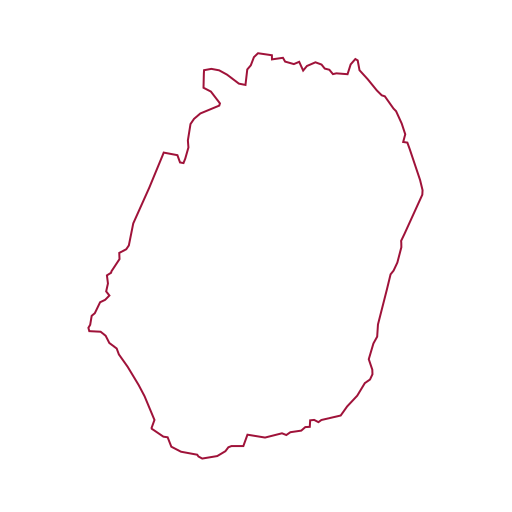 outline of Corozal, Puerto Rico, rotated 7°
{"feature_id": "32010507B24763897648420", "entity_name": "Corozal", "entity_type": "district", "adm_level": 2, "iso_a3": "PRI", "parent_name": "Puerto Rico", "parent_adm1": "", "projection": "orthographic", "projection_center": [-66.332, 18.304], "detail": "fine", "context": "isolated", "style": "outline", "palette": "rose", "viewbox_px": 512, "rotation_deg": 7, "n_neighbors": 0, "source": "geoboundaries", "source_scale": "gbopen_adm2", "svg_char_len": 1753}
<svg xmlns="http://www.w3.org/2000/svg" viewBox="0 0 512 512"><g transform="rotate(7 256 256)"><path d="M291.4,56.5L283.4,61.2L280.2,66.2L275.2,58.0L270.2,60.9L261.2,59.5L258.6,56.0L247.9,58.9L247.3,54.8L233.3,54.5L232.3,55.7L229.7,58.9L227.6,67.4L224.6,71.9L224.7,87.5L218.0,87.0L205.1,79.5L196.8,76.2L188.9,75.7L181.8,77.9L182.0,81.2L183.4,95.4L191.2,98.3L201.6,108.9L201.2,111.2L183.4,121.3L177.8,127.4L174.9,133.0L174.3,149.6L175.7,156.5L173.9,168.0L172.7,172.6L169.2,172.4L165.7,165.5L151.8,164.6L150.8,168.4L146.9,182.5L141.8,201.0L130.2,238.6L128.5,261.0L126.4,265.1L119.9,269.6L120.9,275.7L114.4,288.8L114.2,290.3L110.4,293.4L112.4,301.3L111.6,309.4L115.3,313.1L111.6,317.9L106.9,320.9L103.0,332.4L100.2,335.4L99.8,344.5L98.4,347.7L99.7,350.9L111.0,350.1L116.5,353.5L121.0,360.2L129.0,364.8L131.9,370.4L142.1,381.6L155.2,398.3L162.5,408.8L175.2,431.1L173.3,439.4L173.6,440.2L176.2,441.5L186.1,446.6L190.4,446.7L195.2,455.6L205.4,459.4L221.9,460.4L223.3,462.0L227.3,463.6L241.9,459.3L249.4,453.5L251.9,449.2L254.9,447.6L266.6,446.2L269.3,434.4L287.1,435.1L303.4,428.8L307.9,430.0L311.6,426.7L322.2,423.8L325.8,419.8L330.2,419.0L329.8,412.5L333.7,411.6L338.2,413.3L340.9,410.8L359.5,404.0L364.8,394.2L373.5,382.3L379.5,368.9L384.2,364.7L386.0,359.2L385.3,354.7L380.5,344.7L383.2,328.5L386.1,321.3L385.4,309.1L390.0,273.2L391.8,257.8L394.3,253.8L397.1,245.3L399.2,229.6L398.6,225.3L398.2,223.3L400.7,215.9L413.6,174.9L413.3,170.4L409.6,160.6L395.5,131.1L392.4,125.0L388.2,124.9L389.3,117.0L384.5,106.8L377.4,95.2L374.5,92.9L364.4,81.8L361.2,81.2L355.7,76.9L345.3,66.9L336.1,59.0L333.1,49.5L330.6,48.4L326.6,54.3L324.7,64.4L313.5,64.9L310.2,66.1L306.1,62.2L301.4,61.6L297.7,58.0L291.4,56.5Z" fill="none" stroke="#9f1239" stroke-width="2"/></g></svg>